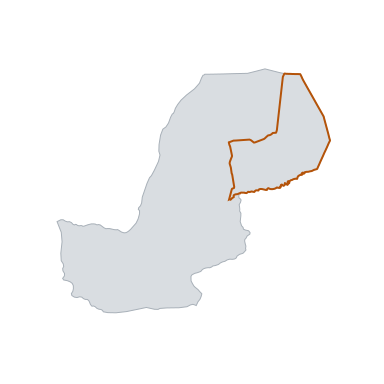 where Alto Paraguay sits in Paraguay, rotated 76°
{"feature_id": "PRY-597", "entity_name": "Alto Paraguay", "entity_type": "Department", "adm_level": 1, "iso_a3": "PRY", "parent_name": "Paraguay", "parent_adm1": "", "projection": "equal_earth", "projection_center": [-58.696, -20.855], "detail": "fine", "context": "in_parent", "style": "outline", "palette": "amber", "viewbox_px": 384, "rotation_deg": 76, "n_neighbors": 0, "source": "natural_earth", "source_scale": "10m", "svg_char_len": 6233}
<svg xmlns="http://www.w3.org/2000/svg" viewBox="0 0 384 384"><g transform="rotate(76 192 192)"><path d="M200.1,77.2L200.7,79.8L201.0,81.8L201.9,83.2L202.8,85.1L203.6,86.2L204.3,87.9L204.1,90.0L204.4,92.6L204.9,94.8L205.3,95.4L206.6,96.0L207.2,98.0L206.7,99.1L206.9,100.3L207.4,101.4L207.0,102.5L207.2,103.4L208.0,104.2L208.8,107.0L208.9,111.9L208.0,114.4L207.3,116.6L207.1,117.9L207.6,119.8L206.8,122.0L205.7,124.7L206.0,126.6L206.1,128.4L206.2,130.3L206.5,132.0L206.1,133.9L205.8,135.6L205.6,137.5L206.0,139.6L205.2,141.6L204.8,143.0L204.6,144.4L205.4,146.7L207.4,147.6L209.0,147.8L210.5,146.7L211.6,146.3L213.7,147.4L215.7,149.3L218.1,149.5L220.3,149.8L222.0,150.4L224.4,149.7L227.0,150.4L230.0,151.5L232.4,152.4L234.9,152.2L236.7,152.1L238.7,151.0L240.5,151.1L241.9,149.3L242.7,147.6L243.4,146.4L245.5,145.5L246.9,146.1L248.0,149.1L250.0,150.9L250.8,152.2L252.3,152.8L255.5,152.9L257.5,152.8L259.8,153.7L261.3,153.7L262.6,155.4L263.8,157.4L264.0,161.0L265.1,163.8L266.6,164.9L267.3,166.7L267.1,169.1L266.3,171.6L266.4,174.3L267.2,176.8L267.2,179.2L267.7,181.7L268.7,183.8L269.0,187.2L268.8,189.7L269.5,191.1L269.8,193.1L269.3,194.7L269.1,196.9L269.2,198.9L269.7,200.6L271.2,202.7L271.6,206.4L271.6,209.0L272.3,212.0L273.6,213.4L275.7,213.9L278.1,214.4L281.1,213.7L283.7,212.9L285.2,212.0L288.1,209.8L290.7,208.5L292.0,207.7L293.2,207.1L295.7,208.5L298.1,210.3L299.9,212.7L303.2,215.4L302.6,216.1L301.2,218.3L301.2,220.9L302.1,224.6L301.2,232.4L298.4,244.4L297.2,251.3L297.7,253.3L296.7,256.8L293.0,264.2L292.8,269.3L292.2,284.4L290.8,295.0L288.7,302.8L286.8,307.0L285.2,307.5L284.0,308.7L283.2,310.7L281.9,312.4L279.9,313.7L278.8,315.1L278.6,316.7L276.7,317.7L273.1,318.2L271.0,319.4L270.4,321.5L269.2,323.1L267.4,324.3L266.5,326.3L266.6,329.1L265.5,331.6L263.4,333.6L261.4,333.6L259.6,331.7L257.2,330.5L254.2,329.8L251.7,330.3L249.7,331.9L247.9,334.4L246.3,337.8L244.5,338.4L242.6,336.1L240.2,335.4L237.3,336.3L235.0,336.0L233.2,334.5L230.6,334.3L227.0,335.5L219.7,334.1L208.8,330.1L199.5,328.6L188.1,330.1L187.2,325.9L187.8,323.7L189.6,322.0L190.8,320.1L191.2,318.0L192.5,316.4L194.6,315.3L195.5,314.1L195.2,313.0L195.6,312.0L196.8,311.1L197.5,309.7L197.7,307.8L198.1,306.9L198.9,306.2L199.0,304.9L198.6,300.8L198.6,297.5L199.2,294.9L199.9,293.3L200.4,293.0L200.9,292.0L201.0,290.5L201.8,289.0L205.5,286.0L206.8,284.4L207.0,282.9L207.5,280.9L209.7,276.6L210.4,274.5L210.4,273.5L211.2,272.5L213.8,270.1L215.2,267.8L215.5,265.7L214.8,263.3L213.4,260.6L208.7,253.8L205.1,250.8L200.5,248.2L197.4,247.4L195.9,248.3L194.4,247.6L192.9,245.3L190.4,243.5L185.0,241.5L172.8,233.6L167.9,229.8L166.3,227.4L161.7,223.2L154.2,217.1L148.4,214.1L144.4,214.3L138.0,212.5L129.2,208.7L124.0,205.1L122.6,201.6L119.4,198.1L114.2,194.6L111.5,192.2L111.3,191.1L109.7,189.7L106.8,187.9L103.7,184.8L100.2,180.4L96.5,173.7L92.5,164.6L88.2,158.4L83.7,155.2L81.4,153.1L81.4,152.1L80.8,151.1L81.3,149.3L82.9,142.4L85.2,132.3L87.5,121.8L90.3,109.4L90.3,100.7L90.2,91.4L94.3,83.8L97.2,78.4L99.7,73.2L102.2,64.4L103.8,58.5L110.4,57.1L121.5,54.0L127.0,52.5L138.7,49.3L150.6,46.0L163.1,45.8L175.2,45.6L184.5,52.9L191.7,58.5L199.5,64.7L200.1,66.0L200.6,71.2L200.1,77.2Z" fill="#d9dde1" stroke="#a8b0b8" stroke-width="1"/><path d="M200.1,77.2L200.1,77.7L200.3,77.9L200.5,77.8L200.9,78.2L201.1,78.6L201.2,78.9L200.2,79.4L200.0,80.0L200.2,80.6L200.7,81.1L200.8,81.0L201.0,80.8L201.1,80.6L201.4,80.6L201.6,80.7L201.8,81.0L201.9,81.4L201.7,82.3L201.7,83.3L201.9,84.1L202.1,84.7L202.5,85.4L203.1,85.9L203.7,86.3L204.2,86.5L204.6,86.8L204.5,87.4L204.1,88.5L204.1,89.2L204.1,90.1L204.2,91.0L204.5,91.8L204.5,92.2L204.5,93.0L204.6,93.5L204.9,94.2L205.0,94.6L205.0,95.0L204.8,95.7L204.8,96.1L205.0,96.5L205.5,96.7L205.7,95.4L206.1,95.2L206.5,95.3L206.9,95.6L207.0,95.8L207.1,96.3L207.2,96.6L207.4,96.8L207.8,97.1L208.0,97.4L208.1,97.8L207.9,98.0L207.6,98.2L207.0,98.4L206.8,98.6L206.5,99.0L206.1,99.4L205.9,99.7L206.1,99.9L206.8,100.0L207.3,100.1L207.7,100.5L208.0,101.1L208.1,101.7L207.8,102.1L206.7,102.8L206.5,103.3L206.6,103.7L206.7,103.9L206.9,103.9L207.0,104.0L207.8,104.7L208.4,105.5L208.5,105.5L208.7,104.9L209.2,105.4L209.2,106.2L208.9,107.0L208.2,108.4L208.2,108.9L208.7,110.0L208.8,111.6L208.7,113.3L208.3,114.8L207.7,115.9L207.0,116.6L206.8,116.9L206.8,117.3L206.9,117.6L207.1,117.8L207.2,118.0L207.4,118.4L207.8,118.5L208.1,118.9L207.9,119.8L206.1,123.3L205.7,124.5L205.6,125.2L205.6,126.0L205.9,126.7L206.3,126.9L206.6,127.2L206.4,127.9L206.1,128.7L205.9,129.4L206.0,130.0L206.3,130.6L206.6,131.1L206.9,131.3L207.0,131.7L205.9,134.1L205.9,134.7L206.0,135.4L206.0,136.1L205.6,136.9L205.4,137.5L205.7,138.0L206.0,138.6L206.2,139.4L206.1,139.8L205.5,141.3L205.2,141.6L205.2,141.9L204.6,144.0L204.5,144.5L204.5,145.1L204.6,145.4L204.9,145.7L204.7,146.0L204.9,147.5L205.1,148.1L204.8,150.3L204.9,151.1L205.1,151.9L205.4,152.4L205.8,152.5L206.5,152.6L207.0,152.7L207.2,153.1L207.5,154.3L208.7,156.2L208.8,156.6L208.3,157.2L208.1,157.4L208.2,157.8L199.1,152.8L198.7,152.5L198.5,152.1L198.3,150.4L197.9,150.1L197.2,149.8L184.8,148.8L183.4,149.0L177.7,148.4L173.6,148.6L173.2,148.5L172.6,148.3L171.6,147.8L168.6,145.7L167.3,144.7L166.5,144.4L156.9,144.0L155.4,144.3L153.0,144.3L152.7,144.2L152.7,143.9L152.6,142.8L152.2,139.5L152.2,139.1L152.3,138.7L152.6,137.3L155.0,123.9L155.1,123.5L155.3,123.2L155.7,122.7L156.1,122.2L158.7,120.2L158.9,120.1L159.0,119.9L159.1,119.6L159.1,119.4L159.1,119.0L159.1,118.7L158.0,109.5L157.8,108.8L157.6,108.4L156.2,105.9L155.6,104.7L155.5,104.4L155.5,104.2L155.6,103.2L155.6,102.9L155.6,102.6L155.4,101.7L155.3,101.3L155.0,100.6L154.4,99.6L154.3,99.4L154.3,99.2L154.8,96.3L154.1,95.6L152.3,94.6L102.3,76.0L99.8,74.0L99.5,73.6L99.6,73.1L100.0,72.2L100.3,71.3L101.0,68.6L101.8,66.0L102.5,63.4L103.2,60.7L103.7,59.0L103.9,58.5L104.4,58.3L106.7,57.8L107.3,57.7L108.6,57.5L109.8,57.2L110.4,57.1L119.5,54.6L128.5,52.1L137.6,49.6L146.6,47.1L150.6,46.0L152.8,46.0L157.9,45.9L162.9,45.8L168.0,45.7L173.0,45.7L175.2,45.6L175.7,45.8L176.5,46.5L177.3,47.2L178.7,48.3L181.2,50.2L183.7,52.2L186.1,54.2L188.6,56.1L191.1,58.1L193.6,60.1L196.1,62.0L198.6,64.0L199.7,64.8L200.0,65.3L200.0,65.8L200.0,67.0L200.0,68.1L200.5,70.2L200.6,71.3L200.5,72.1L200.5,73.6L200.5,74.3L200.1,76.2L200.1,77.2Z" fill="none" stroke="#b45309" stroke-width="2"/></g></svg>